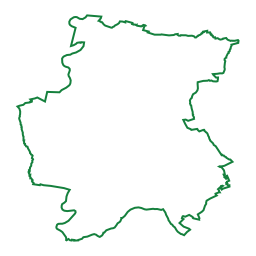 Valea Mare, Vâlcea, Romania (Equal Earth projection)
{"feature_id": "2599482B41757926586400", "entity_name": "Valea Mare", "entity_type": "district", "adm_level": 2, "iso_a3": "ROU", "parent_name": "Romania", "parent_adm1": "Vâlcea", "projection": "equal_earth", "projection_center": [24.031, 44.681], "detail": "fine", "context": "isolated", "style": "outline", "palette": "green", "viewbox_px": 256, "rotation_deg": 0, "n_neighbors": 0, "source": "geoboundaries", "source_scale": "gbopen_adm2", "svg_char_len": 5737}
<svg xmlns="http://www.w3.org/2000/svg" viewBox="0 0 256 256"><path d="M184.1,235.2L187.1,231.9L190.1,229.7L189.2,228.8L183.6,226.6L179.5,223.0L183.5,219.1L181.9,218.2L182.6,216.4L183.1,216.1L185.2,216.7L189.2,214.9L191.9,216.5L193.0,217.4L192.9,218.0L193.3,218.3L198.9,219.6L198.8,219.3L199.4,218.7L199.3,217.8L197.8,214.4L201.8,211.8L203.5,210.2L205.0,205.7L206.2,203.8L206.1,202.6L206.6,200.7L210.5,198.4L216.7,195.5L215.8,194.7L215.5,193.7L219.0,192.3L219.7,192.3L219.0,191.1L219.0,190.3L218.0,189.2L221.0,186.5L221.0,186.1L222.5,185.7L222.9,185.9L222.2,186.3L220.6,188.1L221.7,189.6L222.9,188.7L229.5,186.6L229.4,185.4L228.7,185.7L227.7,185.1L227.5,184.8L227.7,184.7L227.6,184.1L226.3,184.2L226.2,182.7L227.0,182.4L227.0,181.7L229.2,180.7L228.1,178.0L226.1,178.8L225.8,178.3L224.9,177.6L227.4,176.5L227.1,175.7L224.5,176.6L223.6,174.5L224.8,174.2L224.0,170.4L221.3,166.9L220.2,167.1L219.5,166.7L220.3,166.5L220.2,166.3L222.0,166.3L224.4,165.8L232.5,161.8L230.3,159.5L229.2,159.5L226.3,157.7L225.9,157.0L224.4,156.4L223.9,155.6L222.8,155.4L221.9,154.6L221.5,155.0L215.7,146.2L213.7,144.9L213.1,143.4L210.1,140.5L210.0,139.7L209.4,138.9L208.9,136.9L208.4,136.2L207.4,133.5L206.5,132.5L205.8,132.2L205.4,131.5L204.4,130.9L204.2,129.9L203.3,129.9L199.3,131.4L197.7,129.9L197.5,129.2L197.2,128.9L191.3,129.9L190.8,129.2L187.4,127.8L185.1,123.7L183.3,119.9L185.7,119.6L188.1,120.8L194.0,118.9L193.8,118.2L194.0,117.3L192.8,115.2L192.8,114.8L193.1,114.4L192.7,113.9L192.7,112.1L191.6,108.3L191.2,105.6L190.7,105.3L190.6,104.6L190.0,103.7L190.2,102.5L189.9,100.4L190.9,98.6L191.8,97.9L192.1,96.3L193.1,94.2L195.8,92.6L197.4,90.4L197.9,88.4L197.6,83.8L197.7,82.2L203.3,80.9L207.5,80.7L208.9,80.1L209.9,80.8L211.4,80.5L213.0,81.3L216.2,81.5L217.5,81.2L217.9,79.3L218.0,77.5L216.1,77.6L213.4,74.9L212.9,74.1L217.1,73.8L220.1,73.3L222.2,73.4L223.4,72.9L224.7,69.8L224.7,68.3L224.4,67.3L224.9,62.7L225.3,61.1L224.6,60.2L224.6,59.0L225.6,57.9L226.3,57.7L226.3,56.6L227.9,53.4L228.8,52.9L228.6,51.8L229.7,51.2L229.9,49.4L230.6,48.8L230.8,47.1L231.6,45.6L231.4,44.7L237.9,43.0L237.7,42.6L238.4,42.1L238.5,40.6L238.0,40.1L234.6,40.8L233.7,40.7L233.0,40.9L232.0,40.6L230.4,40.9L229.9,40.5L228.7,40.2L227.5,39.6L226.2,38.0L223.5,38.5L222.8,38.7L222.7,39.1L220.5,39.6L219.4,39.3L217.7,38.2L215.4,38.6L215.1,37.3L213.5,37.4L212.8,36.5L212.9,35.9L212.3,35.3L211.7,35.3L211.5,34.5L210.9,34.6L210.8,33.7L210.3,33.7L210.1,32.4L207.1,32.5L207.2,30.8L202.9,31.7L202.6,32.3L203.0,32.5L202.1,32.9L202.1,33.4L201.3,33.5L200.9,34.3L200.3,34.7L198.3,35.5L198.2,35.9L197.5,36.1L196.2,37.4L195.1,37.5L194.0,36.3L191.9,35.7L188.1,35.9L186.0,35.3L180.8,35.2L180.5,35.7L178.7,35.6L177.3,34.6L177.5,34.0L175.1,34.3L173.8,35.0L169.0,35.4L161.3,34.4L160.8,34.7L154.7,34.7L147.8,32.5L148.6,31.5L143.1,30.1L144.4,26.3L144.7,25.9L145.5,25.6L145.3,25.4L143.5,24.9L142.6,25.4L142.2,26.1L141.2,26.1L141.0,26.4L137.0,25.7L136.4,25.1L136.5,24.8L135.8,25.0L135.3,24.6L133.4,24.6L133.3,24.2L132.1,24.0L132.4,22.9L125.7,21.1L125.3,21.4L125.3,22.4L122.7,21.6L119.9,21.4L119.1,23.0L117.6,24.2L114.8,25.6L114.2,26.4L112.8,27.0L112.0,27.7L111.4,27.7L105.2,25.6L103.6,24.3L102.2,22.3L101.2,22.2L100.7,21.6L100.0,21.5L99.5,21.0L98.7,20.8L100.8,18.3L101.3,16.6L87.1,15.4L85.5,17.4L82.6,19.1L79.7,18.8L76.8,17.1L75.2,17.0L73.7,17.3L70.5,19.4L69.3,21.7L69.4,23.8L70.1,25.0L71.7,26.2L75.6,27.8L71.0,46.0L73.6,45.2L76.1,43.8L77.1,42.8L79.5,42.4L80.2,42.8L80.8,42.8L81.1,42.2L84.1,42.4L83.5,46.2L80.5,50.0L76.0,52.5L72.3,53.5L70.3,54.7L67.0,55.0L63.9,56.4L62.9,57.3L62.1,58.6L62.3,62.7L63.3,65.0L64.2,65.9L65.4,66.6L68.4,67.5L69.7,68.9L69.8,70.5L68.4,74.4L68.7,76.0L69.9,78.0L70.7,80.4L70.4,83.1L70.0,84.2L69.4,85.2L67.9,86.4L66.2,87.7L61.6,90.1L59.5,92.3L47.2,91.9L45.0,101.5L37.3,97.5L35.0,98.4L30.4,99.4L30.7,99.7L31.4,99.7L31.5,100.7L31.1,101.0L31.9,101.1L31.8,101.7L29.5,102.5L25.3,103.0L23.4,104.8L19.6,105.7L17.5,106.5L19.4,108.6L20.2,111.4L20.1,114.3L19.7,115.8L19.9,116.3L19.3,117.7L19.2,118.7L20.6,122.7L20.6,124.5L21.3,125.1L21.2,125.7L21.7,126.9L21.4,127.4L21.8,128.0L21.6,129.1L22.9,133.0L22.7,133.7L23.1,136.0L23.5,136.4L23.5,139.9L24.1,140.2L23.6,140.8L24.1,141.6L24.1,143.3L25.0,143.8L24.8,144.7L25.8,145.6L26.1,146.4L27.5,146.7L28.0,148.4L29.9,151.7L30.0,153.0L30.6,153.4L31.0,154.5L32.1,155.0L32.6,155.6L31.9,158.1L33.0,159.1L33.1,159.5L32.2,160.6L32.4,162.2L31.3,163.6L31.2,165.8L30.0,167.5L30.0,168.9L28.9,170.1L29.0,170.6L29.8,171.0L29.6,171.5L28.8,171.8L29.1,172.4L28.7,172.7L29.5,174.7L30.3,174.6L30.2,175.4L29.5,176.0L30.3,176.8L30.3,178.3L31.1,178.2L31.9,179.2L31.9,179.9L32.6,180.1L32.6,180.6L32.1,181.6L33.7,183.1L33.2,184.2L39.9,185.2L40.4,184.3L43.6,185.2L50.7,185.9L64.0,188.1L69.7,189.8L67.7,193.2L66.5,196.5L66.0,201.1L64.5,202.6L62.2,204.1L61.7,205.6L61.6,207.6L62.5,209.6L64.3,210.7L67.3,211.1L74.1,210.3L75.4,211.1L75.6,212.4L75.0,213.6L68.5,220.8L64.8,223.0L62.4,223.7L58.7,223.8L57.9,224.1L57.1,224.7L56.4,226.8L56.4,227.8L57.1,228.9L60.3,230.6L62.4,232.1L66.0,237.2L66.3,239.0L66.1,240.0L66.6,240.3L68.5,239.0L69.9,240.2L70.9,240.4L71.7,240.5L71.9,239.7L74.4,240.0L74.3,240.6L78.2,240.4L78.2,240.0L82.0,238.8L83.4,237.2L87.4,236.6L92.0,234.7L94.2,234.1L96.3,234.8L97.4,235.8L99.6,236.9L100.0,236.8L102.1,235.4L102.9,234.2L103.4,232.7L104.2,232.7L106.3,230.3L111.1,228.5L113.2,228.2L114.7,227.5L116.5,225.1L117.6,223.3L119.5,222.1L120.3,221.3L121.4,218.8L121.3,218.0L122.3,218.0L124.8,215.9L127.7,211.9L130.5,209.6L134.8,207.8L138.5,207.4L141.4,208.0L144.6,209.3L146.5,209.6L153.1,208.8L154.8,209.1L157.2,209.0L161.2,209.9L163.1,209.2L165.4,212.6L166.1,214.8L168.1,218.5L168.6,220.4L169.5,221.5L170.9,223.9L172.3,224.7L173.3,226.2L174.9,227.4L176.4,230.0L177.7,231.7L180.9,234.0L182.0,234.2L184.1,235.2Z" fill="none" stroke="#15803d" stroke-width="2"/></svg>